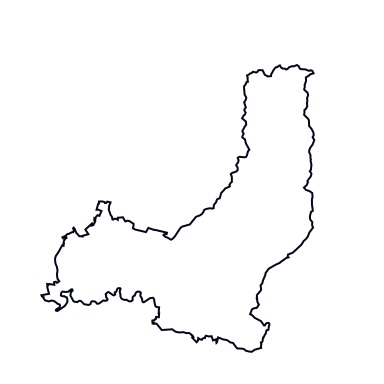 Balauseri, Mures, Romania (Robinson projection), rotated 192°
{"feature_id": "2599482B21102131341719", "entity_name": "Balauseri", "entity_type": "district", "adm_level": 2, "iso_a3": "ROU", "parent_name": "Romania", "parent_adm1": "Mures", "projection": "robinson", "projection_center": [24.697, 46.348], "detail": "fine", "context": "isolated", "style": "outline", "palette": "ink", "viewbox_px": 384, "rotation_deg": 192, "n_neighbors": 0, "source": "geoboundaries", "source_scale": "gbopen_adm2", "svg_char_len": 5864}
<svg xmlns="http://www.w3.org/2000/svg" viewBox="0 0 384 384"><g transform="rotate(192 192 192)"><path d="M132.2,334.1L132.9,333.9L134.5,332.0L135.7,331.6L136.9,329.9L138.0,327.1L138.5,324.8L139.0,324.2L138.8,321.8L141.9,320.8L145.3,321.9L148.2,325.7L151.8,325.2L152.6,324.5L152.7,323.5L153.9,322.3L157.6,322.2L158.1,321.0L159.6,320.1L160.9,318.6L162.4,317.5L161.4,315.6L160.7,312.4L160.2,311.5L161.6,310.7L161.8,309.0L163.1,305.9L160.8,298.3L158.5,295.6L158.6,293.4L159.6,290.5L156.9,285.8L157.8,284.1L157.9,283.1L156.0,280.6L156.5,278.5L157.4,277.7L158.3,274.5L153.8,272.0L153.0,269.0L154.1,266.7L155.3,262.3L155.3,261.7L153.6,259.8L154.2,257.4L154.2,255.9L151.1,254.4L149.3,250.6L144.7,245.3L145.7,243.5L145.9,239.1L146.4,237.5L147.7,236.9L152.7,236.3L154.0,235.5L154.4,234.7L153.1,232.9L153.0,230.7L154.2,228.1L154.3,227.2L152.4,225.3L151.9,222.9L153.1,221.1L156.6,219.1L157.8,217.7L156.2,215.2L155.2,210.7L155.1,210.1L156.1,208.9L156.9,206.8L156.1,205.4L160.5,202.1L161.0,200.7L163.2,197.2L163.6,191.6L165.7,190.3L166.2,188.9L166.2,187.2L167.6,184.6L167.9,182.8L167.4,180.8L168.7,180.0L171.2,179.8L174.7,178.3L176.5,176.8L176.7,174.8L177.7,172.6L179.5,170.7L182.9,168.6L187.4,159.8L194.1,156.3L195.8,154.6L199.6,144.9L201.4,142.0L202.7,141.0L206.5,142.3L208.1,142.4L210.9,143.8L210.7,144.5L210.2,144.5L209.4,145.5L208.1,145.5L208.0,147.0L220.8,147.3L221.0,147.0L227.2,147.8L228.7,143.2L240.1,143.5L242.3,144.3L242.2,147.0L242.5,148.7L247.4,150.6L249.6,150.4L250.6,149.5L251.3,149.4L254.3,152.9L259.2,151.4L258.8,149.4L260.1,149.9L262.3,149.8L263.1,148.7L264.1,148.6L265.3,151.3L266.7,152.5L269.7,157.3L270.2,161.3L269.5,164.9L272.8,165.0L273.6,163.5L274.9,163.2L275.4,164.0L278.0,164.1L281.1,163.3L280.6,161.3L281.3,160.8L281.7,154.8L279.7,155.2L276.6,154.6L277.6,149.4L279.6,149.7L280.9,147.3L280.9,145.4L282.0,145.9L281.6,143.7L280.9,143.1L280.6,144.2L280.5,143.2L281.7,139.0L282.8,138.5L282.6,139.1L283.3,140.4L288.5,133.1L284.6,129.2L290.6,126.0L290.3,125.7L293.1,125.4L296.7,128.0L299.4,131.9L300.4,132.5L300.7,131.6L299.9,130.6L299.5,129.1L299.9,127.9L300.8,127.9L303.6,125.6L305.3,124.7L306.6,122.8L309.3,120.8L308.4,119.8L307.3,120.4L306.4,121.6L305.5,121.6L305.2,121.0L306.3,119.9L307.1,117.4L307.1,115.9L306.5,115.2L307.1,114.1L306.5,113.5L306.5,112.7L307.8,113.0L310.0,105.7L311.9,101.1L312.1,98.0L310.7,93.7L308.7,90.8L307.3,87.6L306.9,83.0L305.7,79.7L305.3,78.9L303.3,77.1L305.0,75.1L306.1,75.4L306.5,75.9L308.2,75.1L307.4,72.6L312.6,72.3L313.4,70.7L314.2,72.0L314.5,72.0L313.6,68.5L310.7,62.7L317.8,59.7L317.1,58.7L315.4,58.3L315.6,57.7L313.3,55.5L309.3,55.2L306.8,56.6L304.4,56.7L301.1,55.3L300.4,54.7L297.9,54.4L297.5,53.4L297.5,51.5L300.3,49.0L300.6,48.0L300.4,47.7L298.9,47.6L292.8,54.0L291.4,57.2L291.1,59.1L291.8,61.7L292.7,63.0L293.6,62.8L295.0,63.5L297.2,63.1L298.5,63.4L298.8,63.6L298.9,66.1L298.6,67.1L297.7,67.7L294.6,68.0L292.4,68.7L289.8,71.7L289.1,71.9L288.3,71.1L288.4,70.3L289.7,68.9L289.4,65.5L285.3,60.6L284.0,60.2L281.4,60.5L279.7,62.1L278.6,62.3L277.5,62.0L274.1,59.8L269.8,60.0L268.1,61.1L267.8,63.4L267.0,64.4L264.4,64.7L263.1,64.2L261.9,63.1L261.1,63.0L259.5,63.8L256.3,67.4L253.8,67.6L252.4,68.6L252.2,69.3L254.3,71.6L254.5,73.0L255.2,73.9L255.0,74.7L253.6,76.4L252.8,76.8L247.7,74.7L246.7,74.7L245.8,75.8L246.6,77.1L246.6,77.7L245.5,78.5L244.8,81.8L244.1,82.6L242.5,83.0L241.7,82.3L242.0,81.1L241.9,79.2L240.8,77.1L240.3,75.0L239.0,73.2L237.0,72.5L234.9,72.5L233.6,73.0L231.0,72.0L228.9,72.4L227.6,73.8L228.2,76.8L227.7,77.8L226.4,78.9L226.4,80.2L225.5,82.6L224.1,83.4L222.2,83.5L221.0,82.6L221.1,80.7L220.8,79.5L218.9,77.5L217.6,74.4L217.1,74.1L216.2,74.1L211.0,79.4L208.2,80.4L207.6,80.2L206.4,78.3L206.0,76.8L204.1,72.8L202.7,72.1L200.2,72.4L199.4,66.3L198.9,66.4L198.4,62.6L201.1,62.4L200.9,60.4L202.1,59.5L202.1,58.5L204.0,58.1L204.1,57.4L203.6,57.0L203.2,55.1L201.6,55.2L201.7,55.9L199.1,55.7L192.9,50.7L182.8,53.6L179.6,52.1L177.2,51.8L173.7,52.3L171.7,53.1L167.9,52.8L165.6,53.5L163.6,52.7L162.2,51.5L161.7,51.8L160.4,50.3L161.4,49.5L156.2,46.0L155.3,47.9L155.5,50.4L153.4,49.5L151.5,49.6L151.2,50.7L150.2,51.6L149.0,51.8L149.0,53.3L148.5,54.3L145.4,54.2L142.9,55.0L140.6,51.2L137.9,52.9L136.7,49.5L136.4,49.9L136.2,55.2L131.1,54.3L126.8,54.4L123.4,52.9L120.4,52.8L116.3,49.1L115.1,48.4L110.2,49.2L108.4,49.1L106.4,48.0L102.8,47.8L100.2,48.2L97.8,50.8L91.9,53.9L92.5,55.4L92.5,57.2L93.3,59.1L92.4,59.5L92.0,60.5L92.2,64.4L91.8,64.4L91.0,67.9L90.5,68.6L90.4,72.2L88.6,73.1L88.9,76.3L88.7,78.4L89.0,79.3L89.8,79.9L91.2,79.5L92.4,78.5L92.9,76.7L93.8,76.4L97.6,80.0L104.3,81.9L108.0,84.2L109.7,84.5L109.0,89.6L107.1,91.2L104.7,92.0L103.7,94.1L103.7,95.0L103.1,95.7L105.3,98.3L105.6,99.6L106.5,101.1L106.1,101.3L107.0,103.8L106.9,105.1L104.3,109.8L104.1,111.1L105.5,114.9L104.3,117.1L104.2,120.1L103.0,126.3L103.2,128.0L101.0,132.9L94.9,138.4L91.3,141.0L91.0,141.7L85.8,147.3L84.1,148.1L85.0,148.7L85.1,150.8L80.8,153.6L74.1,163.1L72.6,167.2L70.8,169.6L69.5,172.4L68.7,176.9L66.2,182.5L67.6,184.4L68.1,187.6L70.7,189.7L71.6,192.5L71.5,197.2L69.9,198.7L72.1,204.9L73.2,210.0L73.0,212.0L74.1,215.9L76.9,217.2L81.1,217.8L83.4,219.6L81.3,222.5L80.6,225.7L81.3,226.3L81.3,227.2L79.1,231.8L78.9,234.3L79.3,235.2L81.1,236.9L80.3,238.6L80.9,243.7L82.5,247.2L82.4,248.4L83.1,249.4L83.8,252.8L85.6,255.2L86.0,256.8L85.5,259.9L83.8,263.7L83.2,268.3L85.4,270.6L84.8,272.6L85.0,273.9L85.8,275.7L88.3,278.7L91.1,280.8L92.5,286.2L93.2,287.4L98.4,290.8L98.5,293.3L99.1,295.4L97.8,297.2L97.1,299.6L98.0,302.9L98.2,305.6L99.0,307.7L98.5,310.8L99.7,313.2L103.2,315.2L103.7,315.9L103.5,318.3L104.1,320.2L103.5,324.1L104.4,327.8L101.7,330.3L100.7,331.8L97.8,333.3L99.4,335.5L101.2,335.8L102.1,335.1L103.4,334.9L106.4,335.5L111.5,334.8L112.8,335.8L113.6,337.1L115.7,338.0L118.7,336.0L120.1,335.9L122.7,334.5L124.2,332.2L125.3,331.4L126.9,331.9L128.8,331.6L131.0,332.4L132.2,334.1Z" fill="none" stroke="#020617" stroke-width="2"/></g></svg>